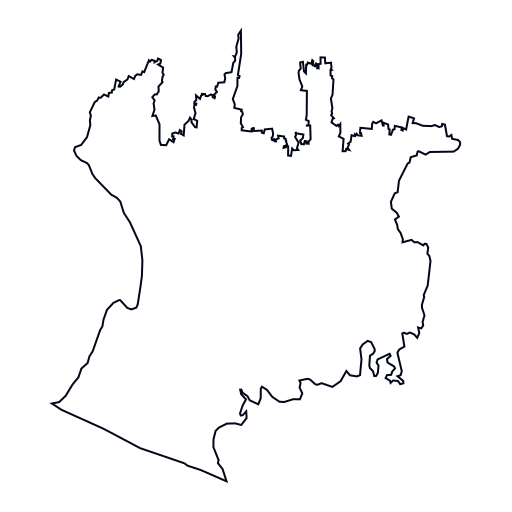 outline of Bantul, Yogyakarta, Indonesia
{"feature_id": "22746128B15956982783625", "entity_name": "Bantul", "entity_type": "district", "adm_level": 2, "iso_a3": "IDN", "parent_name": "Indonesia", "parent_adm1": "Yogyakarta", "projection": "equal_earth", "projection_center": [110.384, -7.898], "detail": "fine", "context": "isolated", "style": "outline", "palette": "ink", "viewbox_px": 512, "rotation_deg": 0, "n_neighbors": 0, "source": "geoboundaries", "source_scale": "gbopen_adm2", "svg_char_len": 5973}
<svg xmlns="http://www.w3.org/2000/svg" viewBox="0 0 512 512"><path d="M300.1,62.5L300.7,68.7L298.8,70.9L298.6,73.3L299.5,79.5L302.3,86.5L300.9,90.2L306.9,90.9L306.7,115.0L305.9,119.7L308.7,121.1L308.5,125.1L305.9,125.7L310.2,125.5L310.6,139.2L308.3,142.2L308.6,143.7L306.4,143.6L306.6,141.3L304.8,141.0L303.9,144.3L301.3,144.1L300.2,140.6L302.8,138.2L303.4,134.5L296.5,133.4L295.5,132.0L296.0,135.1L295.1,137.0L298.6,142.6L297.0,148.2L298.2,150.0L293.8,150.2L292.2,148.5L291.0,155.9L288.1,155.5L288.2,146.5L286.3,145.6L286.0,147.2L283.6,147.9L283.8,146.2L287.3,145.2L286.0,141.3L286.9,141.4L285.8,140.8L285.7,138.9L284.2,138.5L284.1,136.5L278.1,135.7L278.6,138.4L275.7,139.5L276.1,141.4L275.1,141.4L273.8,138.3L274.2,140.7L271.9,139.8L271.6,137.7L272.7,136.6L273.1,133.6L272.1,128.7L264.8,129.4L263.7,133.3L261.8,132.7L261.9,130.6L253.6,131.0L253.9,128.2L253.1,128.0L251.7,128.7L251.5,131.5L241.7,130.3L241.7,128.0L243.0,127.1L240.8,123.4L241.1,117.2L242.8,114.4L242.4,112.0L241.1,111.2L241.7,109.7L234.3,107.9L234.8,104.4L232.8,99.0L237.4,86.1L237.5,77.8L239.1,77.9L239.6,76.1L237.9,75.0L241.2,53.9L240.9,30.7L238.2,34.8L238.6,38.6L236.3,46.6L236.8,52.4L235.1,56.6L234.0,56.4L235.1,57.8L235.1,60.8L233.3,62.8L231.5,72.2L225.8,73.1L224.5,74.4L225.2,78.5L224.3,82.3L218.3,82.7L217.1,86.6L215.8,86.5L215.3,89.5L216.9,91.9L214.1,94.7L215.1,96.9L214.6,98.2L212.7,97.1L212.4,95.0L210.8,94.5L207.7,96.2L205.7,96.0L205.1,94.1L202.1,93.9L202.4,95.0L201.2,95.4L200.0,98.9L196.0,95.4L196.3,100.1L194.4,101.8L194.3,103.5L196.3,103.6L196.1,104.8L194.5,104.6L194.0,107.6L195.5,113.1L193.7,119.0L197.2,120.8L196.6,127.4L195.0,127.1L191.4,122.1L191.6,119.8L190.0,117.7L188.6,120.8L184.5,124.7L183.7,135.4L181.0,133.8L181.6,131.3L179.9,130.1L178.6,133.5L175.4,132.5L172.3,133.5L172.1,136.3L173.6,136.4L173.1,139.1L174.6,139.0L173.5,142.2L169.1,139.3L166.2,145.2L160.9,144.9L159.5,140.7L159.5,124.3L155.8,115.5L152.4,116.0L154.5,109.7L153.6,103.4L154.6,100.4L152.3,97.2L154.8,94.4L156.8,94.4L158.7,91.4L158.5,86.5L162.6,82.1L161.9,80.8L162.6,76.5L163.7,74.8L162.5,72.8L163.1,67.6L158.1,64.5L160.4,63.4L161.0,60.1L158.9,58.9L157.9,58.6L157.4,60.8L154.5,62.3L154.6,60.9L151.7,59.8L150.0,61.6L148.9,60.3L144.2,72.1L142.4,71.4L141.1,74.9L137.3,74.3L135.3,75.8L134.0,79.0L128.7,76.1L127.5,79.4L123.7,82.0L122.8,84.4L120.0,86.8L118.6,86.5L120.6,81.7L116.1,79.6L114.2,89.5L112.1,90.2L111.8,92.6L108.9,92.9L108.3,96.5L104.0,94.5L100.5,97.9L98.7,97.5L97.3,100.4L94.8,102.0L89.8,112.3L90.9,115.5L89.9,120.3L90.3,125.2L87.0,137.2L81.1,145.0L75.1,147.1L74.0,150.5L76.5,155.9L80.9,160.2L86.9,163.0L88.9,165.2L92.3,173.8L95.1,178.0L111.3,194.7L117.0,197.9L120.3,201.6L123.8,212.8L130.0,222.4L140.8,246.2L142.4,260.4L141.9,276.2L140.3,287.8L137.7,304.5L136.2,307.7L131.4,309.4L127.3,307.9L120.2,300.1L119.1,300.1L113.5,302.8L107.0,309.8L103.5,319.6L102.4,326.4L100.1,330.2L92.6,351.5L89.5,356.2L87.6,363.0L81.4,368.6L78.4,377.4L72.6,384.4L65.7,395.8L59.1,402.1L51.9,403.5L61.5,409.8L103.6,428.8L140.2,448.2L184.4,463.3L187.6,465.7L200.4,469.9L226.5,481.3L222.6,469.1L217.9,463.1L218.6,460.2L213.4,447.1L213.5,439.4L215.6,430.9L218.9,427.6L226.9,423.6L235.3,423.4L241.2,425.0L246.6,418.1L246.2,411.4L242.7,415.2L240.8,415.5L240.0,413.5L242.6,405.6L246.0,399.4L241.2,394.2L240.2,389.6L241.3,389.6L242.6,392.7L247.5,396.2L249.7,400.3L258.3,404.3L260.7,398.3L260.8,388.8L261.9,386.7L266.9,389.8L272.3,396.9L279.4,401.7L284.2,402.0L293.2,399.2L299.9,399.3L302.3,393.4L299.6,387.5L300.6,383.0L299.4,380.5L307.6,378.8L310.0,379.5L315.2,384.2L317.3,384.8L321.6,383.2L332.4,386.9L340.6,381.2L346.4,371.0L350.0,375.3L356.8,376.4L360.0,375.2L361.5,359.4L360.1,348.5L362.6,344.5L367.7,340.9L371.2,342.2L374.6,349.0L374.7,351.1L373.2,353.6L370.0,355.7L369.3,365.5L369.9,368.0L373.0,371.2L374.3,376.1L376.2,375.9L377.9,372.7L378.5,365.6L376.6,362.6L377.6,359.4L389.6,353.8L390.6,355.8L387.0,359.1L387.5,362.5L394.1,366.5L395.0,368.3L392.1,371.8L391.2,374.8L387.0,375.1L385.6,378.1L390.0,380.7L390.6,382.9L393.1,380.5L398.0,381.0L400.2,384.2L403.4,383.3L403.2,380.9L397.5,376.2L400.6,375.2L401.8,371.3L397.4,352.8L399.2,349.5L404.4,346.6L402.3,333.5L403.8,332.7L406.8,333.9L409.9,332.5L414.2,334.4L417.2,337.8L419.3,333.0L418.1,327.5L421.2,328.4L423.2,325.5L422.6,321.8L424.5,315.4L422.0,307.8L421.9,304.8L424.2,297.0L423.7,295.1L427.7,285.5L430.5,261.0L429.4,256.1L427.4,253.7L428.2,247.4L426.4,243.9L424.6,243.8L423.3,245.4L417.5,242.1L414.4,242.3L411.5,239.9L402.5,242.3L402.9,239.3L400.6,233.0L397.8,229.0L397.2,225.0L394.9,219.5L398.9,216.6L396.7,212.7L391.8,208.7L390.9,201.9L394.7,193.4L397.6,192.2L399.0,180.6L407.6,163.6L409.5,162.5L410.7,157.2L416.7,155.4L417.6,151.7L418.6,151.2L425.6,154.6L429.9,152.0L453.7,151.6L458.0,148.7L460.1,144.8L460.1,142.2L458.1,140.0L452.1,138.8L451.4,135.0L449.1,136.5L447.0,136.2L444.9,124.6L442.2,124.0L441.9,126.2L439.3,127.1L434.8,125.0L431.7,126.1L422.8,125.8L416.1,123.2L412.7,123.1L414.0,118.3L408.6,116.6L406.1,129.5L403.0,128.0L402.7,130.5L401.4,130.0L401.8,127.4L394.9,125.9L394.5,129.3L393.0,129.6L391.0,134.8L389.3,134.4L389.7,129.5L388.5,129.0L388.1,124.5L383.6,122.8L383.6,125.6L382.9,125.5L381.5,120.4L376.1,123.3L373.2,121.9L372.2,123.6L371.8,128.9L360.4,127.8L359.9,132.9L361.0,133.0L361.6,135.8L357.7,135.3L356.6,133.8L355.4,135.6L354.8,134.7L354.5,136.1L351.6,135.2L350.6,141.7L348.1,143.6L349.0,144.4L347.6,147.8L349.1,149.9L346.2,149.0L345.6,151.2L342.6,151.2L343.6,138.9L338.8,136.4L340.4,132.9L340.3,124.1L338.8,126.1L337.9,124.7L336.4,125.9L331.5,122.4L332.6,118.9L333.9,118.3L331.1,115.2L332.1,113.4L331.6,111.1L332.4,108.1L330.9,98.5L332.5,94.8L333.5,79.4L332.0,78.3L332.2,76.1L330.6,75.5L330.5,70.5L331.8,70.0L330.8,69.2L331.5,67.7L331.0,62.7L325.3,63.3L324.9,57.5L320.5,57.4L320.6,63.8L318.5,64.1L318.6,68.4L317.2,68.3L317.3,64.3L316.2,64.3L316.1,62.6L315.1,67.0L314.7,65.4L312.8,65.3L313.3,61.1L312.3,60.2L311.3,63.8L307.8,62.6L307.2,64.7L306.2,64.7L305.9,73.4L304.0,71.4L302.9,61.8L300.1,62.5Z" fill="none" stroke="#020617" stroke-width="2"/></svg>